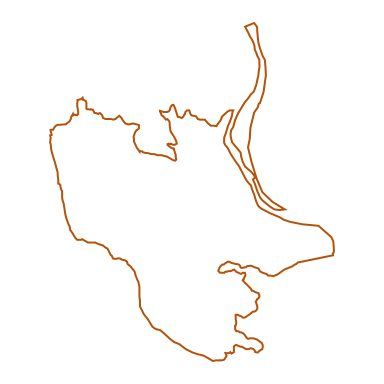 the district of Al-Qusia, Asyut, Egypt
{"feature_id": "37247803B63984136807861", "entity_name": "Al-Qusia", "entity_type": "district", "adm_level": 2, "iso_a3": "EGY", "parent_name": "Egypt", "parent_adm1": "Asyut", "projection": "mercator", "projection_center": [30.825, 27.426], "detail": "fine", "context": "isolated", "style": "outline", "palette": "amber", "viewbox_px": 384, "rotation_deg": 0, "n_neighbors": 0, "source": "geoboundaries", "source_scale": "gbopen_adm2", "svg_char_len": 6016}
<svg xmlns="http://www.w3.org/2000/svg" viewBox="0 0 384 384"><path d="M233.2,110.4L229.8,110.4L227.6,111.5L223.3,115.4L222.2,116.4L221.1,119.2L220.6,120.3L217.3,124.6L216.4,126.2L214.1,125.7L210.8,125.7L208.1,123.5L204.9,119.7L200.0,119.7L198.4,119.1L197.8,119.1L196.2,116.4L194.6,115.9L193.5,115.9L191.4,115.3L190.3,113.7L189.7,111.5L189.2,110.4L187.0,110.4L185.4,112.0L184.9,114.2L184.3,114.7L183.2,116.9L182.2,117.5L181.6,118.0L178.9,116.9L177.8,116.9L176.7,113.6L176.7,113.1L176.2,112.0L175.7,110.4L175.1,108.2L173.5,104.9L172.4,104.9L170.8,106.5L169.7,110.3L168.6,111.4L167.0,112.0L163.8,112.0L160.0,110.9L160.0,111.4L161.0,113.6L161.6,115.3L163.2,116.4L164.3,117.5L165.9,119.6L167.5,119.1L169.2,121.3L169.7,122.9L169.7,125.7L170.2,128.9L170.2,129.5L170.8,131.7L174.0,136.6L175.7,139.9L176.2,141.5L176.7,142.6L176.7,143.7L176.2,143.7L175.7,144.3L174.6,144.8L173.0,144.8L170.8,143.7L170.2,144.2L168.6,143.7L167.5,144.2L167.5,144.8L169.2,146.4L170.8,147.5L171.9,148.1L174.0,148.6L174.0,149.7L174.6,151.4L175.1,153.5L175.7,154.6L175.7,156.8L176.2,159.0L176.2,159.6L175.1,160.7L173.0,160.1L169.2,157.9L167.5,156.8L161.6,155.2L157.3,155.2L154.6,154.1L151.3,154.1L147.5,153.0L145.9,153.0L143.2,152.4L142.1,151.3L139.9,151.3L139.4,150.2L139.4,151.3L136.7,147.5L134.0,141.5L134.0,138.7L133.5,137.1L135.1,132.2L136.7,130.0L137.2,130.0L138.9,128.4L138.9,125.1L137.2,124.5L132.9,123.4L131.3,124.0L130.2,124.0L129.1,124.5L127.0,124.0L125.3,123.4L122.6,120.1L121.5,117.9L119.4,115.8L117.2,117.4L115.6,119.0L113.4,119.6L110.7,119.0L105.3,119.0L103.1,117.9L102.1,115.2L99.9,113.0L98.8,113.5L98.3,114.1L96.1,113.0L94.5,113.0L92.9,109.7L91.8,109.7L90.7,109.2L90.1,109.7L88.5,109.2L86.9,109.2L86.4,108.6L86.4,102.6L85.8,101.0L84.7,100.4L83.1,99.9L82.6,97.7L80.9,99.3L79.9,99.3L77.4,100.2L77.7,100.9L77.2,103.1L77.2,106.4L77.7,108.1L77.7,109.2L78.2,111.3L78.2,114.1L77.2,114.6L77.2,115.2L76.1,115.2L74.5,114.6L73.4,115.2L73.0,113.8L72.0,115.6L71.4,116.6L70.9,118.3L70.9,118.8L69.8,121.0L69.3,121.6L67.6,122.7L66.0,124.3L59.5,124.8L57.9,124.8L56.3,125.4L54.7,127.0L53.0,129.8L50.9,129.8L50.4,130.0L51.7,134.8L50.1,135.4L50.7,138.1L50.1,142.5L50.7,144.1L51.2,149.6L52.8,155.6L55.0,162.7L57.7,172.6L57.7,175.3L58.3,180.7L58.3,183.5L58.8,183.5L60.4,185.1L60.4,186.2L61.0,189.0L62.1,191.1L62.1,197.2L62.6,200.4L63.7,203.7L65.3,214.1L66.4,218.5L68.6,224.5L69.7,226.7L70.2,229.9L72.9,233.8L75.1,237.6L77.2,239.8L81.0,239.8L82.1,239.2L88.0,242.5L95.1,242.5L98.9,244.2L102.7,245.3L105.4,247.5L107.5,248.6L110.8,255.1L111.8,255.7L112.9,258.4L115.1,258.9L115.6,258.9L117.8,258.4L120.0,258.4L121.6,259.5L123.2,260.0L124.3,260.0L126.2,261.1L127.0,261.7L127.5,263.9L130.8,266.6L132.4,268.8L132.9,269.3L134.6,271.5L135.6,275.4L137.3,279.7L138.4,281.9L139.4,286.8L139.4,296.7L140.0,300.5L140.0,306.5L143.8,314.1L148.1,319.6L152.4,326.7L154.6,328.4L157.3,329.5L160.0,330.0L162.7,332.2L168.1,337.1L169.2,338.2L171.9,340.4L174.0,342.0L179.4,344.2L185.9,349.2L192.6,352.5L197.3,354.1L203.8,355.7L212.4,360.7L212.8,361.0L215.7,360.4L217.1,360.3L219.1,360.5L220.0,360.1L221.2,360.5L222.7,360.2L224.2,359.6L226.6,356.0L225.4,353.0L228.6,353.3L230.4,352.1L231.5,353.6L233.9,352.1L233.9,351.4L233.9,346.6L234.8,345.6L236.2,344.8L238.6,346.0L240.0,346.5L241.1,346.8L241.8,346.6L244.1,348.0L246.2,349.2L248.8,349.1L250.8,348.2L252.4,348.7L253.5,349.2L254.6,350.3L255.3,352.1L256.7,352.4L257.8,352.5L260.0,350.4L262.1,349.3L262.7,347.6L262.7,344.9L261.6,342.7L260.5,342.2L260.0,341.6L258.3,340.5L256.7,339.4L253.5,338.3L249.7,338.3L248.1,338.9L246.5,337.8L246.5,337.2L245.4,336.1L244.8,335.0L243.2,333.4L241.1,332.3L240.0,332.3L238.3,331.2L236.2,331.2L235.1,329.0L235.1,325.8L235.6,325.7L236.2,323.6L236.2,321.4L235.7,319.2L235.7,314.8L237.8,314.8L240.0,315.9L241.6,316.5L242.7,317.6L244.8,317.6L249.7,314.3L253.0,311.6L254.6,311.6L256.2,310.5L257.3,308.9L257.3,306.7L256.2,302.9L256.2,302.3L255.7,301.8L256.7,300.1L257.3,299.0L258.4,298.5L258.9,297.4L259.4,296.8L259.4,295.2L258.9,294.7L258.9,294.0L258.4,293.0L256.2,292.5L253.0,290.8L251.9,290.8L250.8,288.6L242.7,280.4L243.2,279.3L243.8,279.3L244.3,277.2L244.9,276.6L245.4,275.0L245.4,274.4L244.9,272.8L242.7,272.8L241.1,273.9L239.5,273.3L237.3,272.2L236.8,272.2L234.0,269.5L230.8,271.1L228.6,271.1L227.0,271.7L225.4,271.7L224.3,272.8L220.0,272.7L218.4,271.1L218.4,270.5L218.9,269.5L219.5,267.8L220.5,266.2L222.2,264.6L223.8,264.6L224.9,263.5L225.9,262.9L227.6,261.8L229.7,261.8L231.3,262.9L235.7,264.0L237.4,264.1L238.9,264.6L240.0,265.7L240.5,267.3L241.6,267.9L245.4,267.3L245.9,267.3L247.0,266.2L250.8,265.7L252.4,266.2L254.6,267.3L258.4,268.4L260.0,271.2L260.5,271.7L264.3,273.4L266.5,273.9L268.1,275.6L270.8,275.6L273.5,276.1L276.2,275.0L278.4,273.9L282.7,270.7L284.3,269.6L292.4,266.3L294.6,264.7L296.4,263.9L297.8,262.5L333.0,255.3L332.8,253.4L333.5,252.7L333.9,251.6L333.9,249.7L333.3,241.3L331.3,237.1L318.5,225.8L302.4,224.3L290.4,221.9L283.9,219.8L279.7,217.3L270.1,213.2L261.6,208.8L259.1,206.8L258.0,205.5L256.1,201.1L254.2,194.7L252.1,189.4L250.9,185.3L249.0,183.5L246.4,180.3L238.8,165.8L236.0,162.1L230.9,154.3L227.7,148.0L225.1,144.8L224.1,142.6L224.1,140.2L224.2,137.6L225.9,133.0L227.9,126.1L229.7,122.0L231.7,116.7L232.6,111.7L233.2,110.4ZM284.8,209.4L272.5,201.9L262.4,192.2L256.7,178.7L251.7,162.6L248.0,147.4L249.7,139.3L250.4,127.9L254.1,112.8L255.2,111.0L257.9,107.2L258.7,103.8L260.0,103.1L263.6,91.8L265.9,75.3L265.5,67.2L264.8,59.7L262.8,56.3L259.8,47.9L258.3,42.0L257.3,32.0L257.1,27.0L254.1,23.0L245.1,26.7L248.1,32.4L249.9,36.3L252.7,40.9L254.4,45.5L254.8,49.5L256.5,53.4L257.4,56.1L259.3,59.7L259.5,66.9L258.8,70.9L258.3,75.9L257.4,79.5L256.4,84.4L253.9,91.5L250.7,94.6L248.1,98.4L244.6,102.6L238.0,113.5L235.1,120.1L233.2,127.1L231.1,130.4L230.6,133.6L230.7,136.6L232.1,142.3L237.3,148.5L240.6,152.6L241.2,156.6L242.6,161.6L245.1,166.5L248.2,169.3L251.1,171.7L253.2,174.2L254.9,176.8L254.6,178.1L252.9,179.5L254.9,183.8L257.2,190.8L260.4,198.0L262.5,200.4L266.9,204.1L270.5,206.9L274.2,209.3L279.3,210.1L284.8,209.4Z" fill="none" stroke="#b45309" stroke-width="2"/></svg>